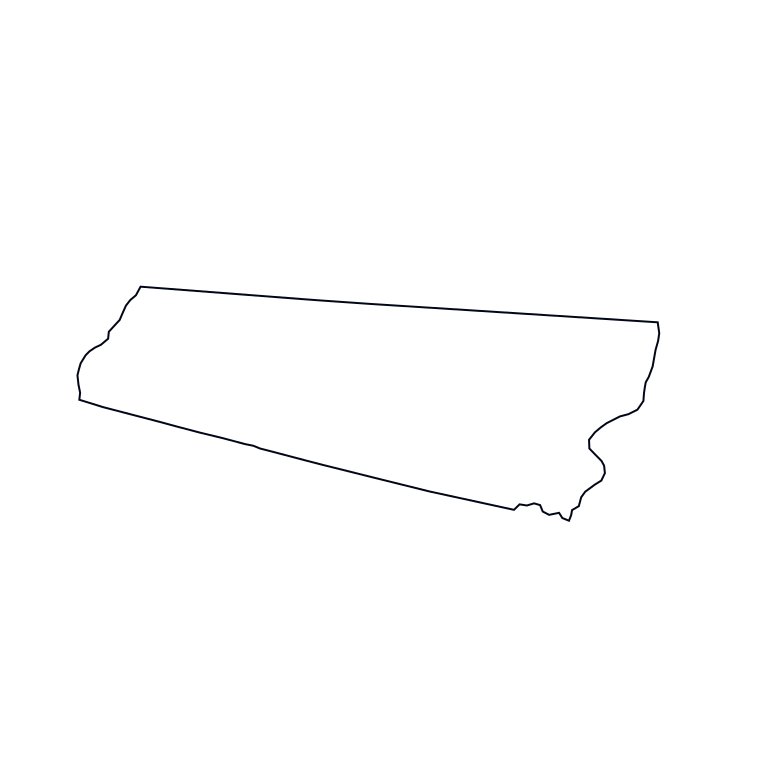 outline of Terra Boa, Paraná, Brazil, rotated 56°
{"feature_id": "56859067B60160327815243", "entity_name": "Terra Boa", "entity_type": "district", "adm_level": 2, "iso_a3": "BRA", "parent_name": "Brazil", "parent_adm1": "Paraná", "projection": "mercator", "projection_center": [-52.372, -23.695], "detail": "fine", "context": "isolated", "style": "outline", "palette": "ink", "viewbox_px": 768, "rotation_deg": 56, "n_neighbors": 0, "source": "geoboundaries", "source_scale": "gbopen_adm2", "svg_char_len": 1077}
<svg xmlns="http://www.w3.org/2000/svg" viewBox="0 0 768 768"><g transform="rotate(56 384 384)"><path d="M226.7,645.4L246.0,629.9L292.3,589.1L298.6,583.7L304.6,578.5L321.7,563.5L339.0,547.7L355.8,533.1L362.2,526.8L368.2,522.8L377.1,514.9L403.7,491.6L416.7,480.1L454.6,446.0L498.5,406.4L561.0,346.6L559.6,338.9L564.6,333.5L566.9,326.3L571.7,322.3L578.5,323.7L584.8,320.3L588.7,310.9L594.8,311.1L600.8,307.1L597.4,302.2L593.7,298.6L594.2,290.8L588.2,283.9L585.8,277.4L585.3,265.3L585.6,257.8L581.4,250.7L574.8,247.2L569.4,246.7L560.9,248.3L552.3,249.8L544.9,245.2L542.0,236.1L541.2,228.4L541.0,221.2L542.8,206.6L545.7,198.2L547.0,188.2L543.1,178.4L537.0,173.6L532.8,169.8L528.9,166.0L526.3,160.7L519.7,151.5L507.6,139.8L501.6,132.7L495.8,127.4L485.9,122.6L309.0,351.8L279.4,389.7L267.9,404.3L167.2,531.4L171.7,540.0L172.5,547.3L174.7,554.1L179.9,562.4L183.1,567.3L184.3,572.5L186.8,582.9L192.2,587.4L193.2,596.9L192.2,603.0L192.2,609.8L193.3,615.3L197.2,623.9L201.2,628.7L205.4,633.3L213.8,637.7L221.3,640.8L226.7,645.4Z" fill="none" stroke="#020617" stroke-width="2"/></g></svg>